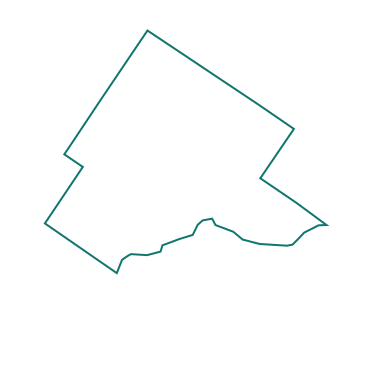 Tazewell, Illinois, United States of America, rotated 215°
{"feature_id": "52423323B60966771956899", "entity_name": "Tazewell", "entity_type": "district", "adm_level": 2, "iso_a3": "USA", "parent_name": "United States of America", "parent_adm1": "Illinois", "projection": "albers", "projection_center": [-89.62, 40.534], "detail": "fine", "context": "isolated", "style": "outline", "palette": "teal", "viewbox_px": 384, "rotation_deg": 215, "n_neighbors": 0, "source": "geoboundaries", "source_scale": "gbopen_adm2", "svg_char_len": 565}
<svg xmlns="http://www.w3.org/2000/svg" viewBox="0 0 384 384"><g transform="rotate(215 192 192)"><path d="M321.1,298.7L319.7,216.5L318.4,160.7L318.2,149.6L295.8,149.9L294.5,81.9L207.1,82.4L210.4,96.4L207.7,103.5L207.5,104.0L206.2,106.2L192.6,114.5L183.6,125.1L185.6,131.4L175.4,146.2L166.8,157.3L168.5,168.5L167.0,174.8L160.2,181.7L153.8,178.4L135.4,183.1L123.2,182.1L106.8,188.2L83.4,202.5L79.5,206.5L78.3,213.1L76.8,223.1L69.2,237.3L62.9,242.1L100.5,243.0L143.9,242.4L144.7,302.1L188.5,301.7L321.1,298.7Z" fill="none" stroke="#0f766e" stroke-width="2"/></g></svg>